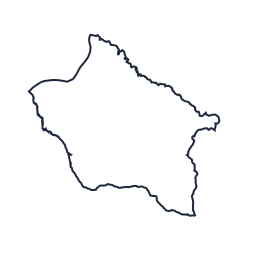 the district of Eselnita, Mehedinti, Romania, rotated 170°
{"feature_id": "2599482B71409986806106", "entity_name": "Eselnita", "entity_type": "district", "adm_level": 2, "iso_a3": "ROU", "parent_name": "Romania", "parent_adm1": "Mehedinti", "projection": "orthographic", "projection_center": [22.261, 44.728], "detail": "fine", "context": "isolated", "style": "outline", "palette": "slate", "viewbox_px": 256, "rotation_deg": 170, "n_neighbors": 0, "source": "geoboundaries", "source_scale": "gbopen_adm2", "svg_char_len": 5819}
<svg xmlns="http://www.w3.org/2000/svg" viewBox="0 0 256 256"><g transform="rotate(170 128 128)"><path d="M191.3,112.6L191.1,111.2L191.0,105.9L190.8,104.7L190.4,103.6L191.3,102.8L190.8,102.0L190.7,101.5L191.3,100.2L191.1,99.3L190.3,98.6L190.1,96.5L190.1,95.7L189.7,94.7L188.7,93.4L188.0,91.2L187.6,90.7L187.3,89.1L186.6,88.2L186.0,86.7L185.7,85.0L184.7,83.2L183.7,82.1L183.0,79.2L181.7,77.3L179.9,76.9L178.3,75.5L176.4,74.5L175.0,73.5L173.9,73.1L170.4,72.7L169.5,74.0L166.1,75.9L164.9,76.1L161.9,75.5L160.4,75.4L159.3,75.6L157.7,76.3L153.1,74.4L151.4,72.9L149.0,71.9L147.2,70.6L144.8,70.4L143.0,70.5L140.5,70.2L139.5,70.2L137.2,69.5L136.0,69.8L134.9,69.7L133.9,69.9L131.8,69.9L129.7,69.4L129.2,69.1L128.6,68.2L128.2,68.0L126.8,68.2L124.4,68.0L120.6,65.6L120.2,65.2L119.7,64.1L119.5,63.2L118.8,62.2L117.9,58.4L117.5,57.4L116.1,57.2L115.4,56.7L114.0,56.6L111.9,55.7L111.9,55.2L111.8,54.7L112.1,51.9L111.8,50.7L111.2,49.6L109.9,47.9L109.2,46.4L107.8,45.1L106.9,43.3L106.1,42.5L105.2,40.6L102.7,39.2L100.0,39.2L99.3,39.7L96.4,38.5L95.2,37.2L94.2,36.5L92.3,35.7L92.1,35.2L89.7,33.4L88.5,33.3L87.6,33.0L86.4,32.8L85.3,32.4L84.2,32.7L83.8,31.9L83.0,31.3L81.8,30.7L80.0,30.8L78.3,30.3L77.5,30.4L76.8,29.7L77.3,31.1L77.6,33.0L77.7,34.3L78.3,35.6L78.0,36.6L77.6,40.1L76.7,43.2L76.8,44.3L76.6,45.1L76.6,46.0L76.8,46.7L76.7,47.7L77.0,49.6L76.3,50.8L75.3,51.7L74.0,54.8L71.7,56.8L71.5,57.7L70.8,58.5L70.6,59.3L70.9,60.6L70.9,62.4L70.6,63.5L70.6,64.2L70.3,64.8L70.4,65.7L70.3,67.3L69.5,68.7L67.9,70.1L67.8,71.0L67.6,71.6L68.1,72.2L68.6,73.5L69.8,74.1L70.1,74.6L69.5,75.4L69.2,78.1L68.7,79.8L69.2,81.2L70.1,81.9L70.8,83.4L70.6,84.3L70.6,85.9L73.2,88.6L73.6,89.7L74.7,91.2L73.2,91.9L73.0,93.5L72.7,93.8L72.8,94.2L72.1,94.9L71.3,96.4L69.8,97.7L69.2,98.8L68.3,99.3L67.0,100.5L65.0,103.8L65.0,104.3L65.8,105.1L66.4,106.2L66.5,107.2L66.1,108.2L65.8,108.5L65.0,108.6L64.1,108.2L63.0,110.3L61.6,111.9L60.2,113.2L58.9,113.8L57.0,113.9L55.9,113.7L53.3,114.3L51.2,114.2L49.8,113.8L49.1,112.2L48.1,112.4L46.8,113.2L45.7,113.3L43.0,110.8L42.9,111.8L42.0,113.3L41.6,114.5L41.1,115.5L41.2,117.3L39.0,116.9L38.2,117.4L37.4,118.1L37.0,118.8L36.8,119.5L36.9,120.5L36.8,121.9L36.9,122.9L37.9,124.4L40.0,126.2L42.7,126.4L45.6,126.0L46.5,126.1L46.9,126.7L48.3,127.4L48.8,129.5L52.3,127.1L53.4,127.0L55.2,127.6L55.4,131.5L56.8,132.0L57.4,132.0L58.6,133.7L58.7,134.3L58.5,135.3L58.6,135.8L58.3,136.6L59.9,138.4L61.4,139.3L62.1,140.5L63.1,141.2L63.5,142.8L67.4,144.7L69.9,146.9L70.3,148.3L70.4,149.8L70.5,150.3L70.9,150.5L71.7,152.0L73.1,151.8L75.5,153.5L76.7,156.2L77.1,156.4L77.1,156.7L77.7,157.5L77.8,158.1L77.6,158.4L77.5,159.4L78.1,159.8L78.2,160.3L78.8,160.8L79.3,161.6L80.7,162.5L81.4,162.7L84.2,162.6L83.9,164.3L84.1,164.6L87.7,165.4L88.1,165.9L88.6,166.1L89.4,165.5L90.6,164.9L91.1,166.1L91.8,166.4L92.4,167.7L93.3,167.6L94.0,167.9L94.6,168.4L97.0,168.8L97.2,170.0L97.6,170.6L97.6,171.2L97.8,171.6L99.9,172.3L100.2,172.6L100.9,173.6L101.1,174.6L101.5,175.0L102.6,175.4L102.9,176.4L104.2,176.9L106.0,176.9L106.3,177.1L106.4,177.4L106.0,178.1L106.1,178.5L106.5,178.8L107.8,178.7L108.5,177.7L108.8,177.6L108.9,177.8L108.9,179.3L108.5,181.2L108.6,181.4L108.9,181.5L109.4,181.2L109.7,181.5L109.9,182.0L109.5,182.9L109.5,183.2L109.1,183.7L109.1,183.9L110.1,183.9L110.4,184.0L110.5,184.3L110.4,184.7L109.4,185.5L109.1,185.9L109.8,186.7L111.5,187.7L112.4,187.5L113.0,187.1L113.6,187.0L114.0,187.2L114.4,187.6L114.2,189.0L114.2,189.9L114.3,190.7L114.6,191.2L115.0,191.5L116.2,191.6L116.8,192.7L117.9,193.2L117.8,193.7L117.4,194.1L115.9,194.8L115.8,195.3L117.4,197.3L117.7,197.3L118.0,196.5L118.3,196.2L118.9,196.4L119.2,197.0L118.3,197.8L118.1,198.3L118.1,199.9L118.5,200.7L118.4,203.1L118.8,204.3L119.1,204.4L120.1,205.7L120.4,205.6L121.3,204.8L123.0,204.7L124.1,202.5L124.4,202.2L124.9,202.2L125.0,202.7L124.7,203.9L124.3,205.1L123.3,206.5L123.9,208.2L124.6,209.1L124.6,209.5L124.9,210.7L128.0,212.2L130.4,212.8L130.6,214.2L131.4,215.8L131.3,216.5L131.5,216.6L131.9,216.2L132.4,216.6L133.3,216.9L133.6,216.9L134.5,216.6L136.7,218.3L137.9,219.8L138.2,219.8L138.7,220.2L139.2,219.9L140.5,219.8L140.4,220.7L140.0,221.2L140.0,222.4L140.9,223.3L141.7,224.7L142.8,224.5L143.6,224.1L144.6,224.7L148.6,226.3L149.3,225.7L150.1,224.4L150.9,222.0L151.2,219.4L150.8,214.2L152.0,209.8L154.4,205.6L155.9,203.7L159.1,200.7L163.9,196.7L165.8,194.6L169.6,189.7L172.7,186.6L174.0,185.6L179.9,184.2L185.9,186.4L189.1,187.4L193.9,188.4L202.2,188.8L205.4,188.3L207.2,187.7L214.6,184.4L219.2,181.1L216.1,176.8L216.1,176.2L215.7,175.0L215.8,175.0L215.7,174.6L215.8,174.4L216.0,173.6L215.9,172.9L216.4,172.3L216.3,171.9L216.5,170.6L216.4,169.1L216.2,168.7L215.3,168.7L214.3,167.7L214.8,167.1L214.0,166.5L213.6,165.5L213.5,164.2L214.2,163.8L214.2,163.3L214.0,162.1L214.3,160.9L214.1,160.1L214.6,158.8L214.5,158.4L214.0,157.8L214.1,157.5L214.0,156.9L214.5,156.6L214.3,156.4L213.8,156.4L213.2,156.2L213.0,155.4L213.5,155.6L213.4,155.0L212.5,154.6L211.5,153.7L212.2,153.6L212.1,153.4L210.5,152.5L210.7,151.0L211.2,150.8L211.5,149.6L210.7,149.1L210.7,148.9L210.9,148.5L211.3,148.4L211.2,147.6L211.6,147.2L211.1,146.7L211.8,145.6L211.7,144.7L212.2,143.4L212.2,142.6L211.9,141.6L212.5,141.1L211.5,141.3L210.9,140.8L210.3,141.5L209.2,141.8L209.2,141.6L209.8,141.0L209.4,141.1L209.3,140.5L208.9,140.6L208.7,140.2L209.0,139.9L208.3,139.5L207.5,138.7L207.1,137.9L206.7,138.5L205.1,137.7L204.5,137.2L204.4,136.9L205.0,136.1L204.8,135.9L204.6,136.1L204.3,135.7L204.3,135.4L203.7,135.1L203.2,134.2L201.7,134.0L201.7,133.7L201.0,133.3L200.1,133.4L199.1,131.9L198.6,131.6L198.2,131.7L198.1,131.0L197.6,130.7L196.9,129.1L195.3,126.8L194.9,126.4L193.8,123.6L193.0,122.4L192.9,119.5L192.8,119.2L192.5,118.8L192.1,117.3L192.2,116.2L191.9,114.6L191.6,114.2L190.9,113.8L190.5,113.0L188.7,111.5L188.9,111.4L189.4,112.0L191.0,112.8L191.3,112.6Z" fill="none" stroke="#1e293b" stroke-width="2"/></g></svg>